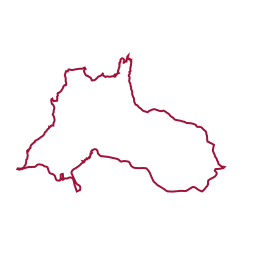 Toplet, Caras-Severin, Romania (Albers equal-area conic projection), rotated 190°
{"feature_id": "2599482B38762521341825", "entity_name": "Toplet", "entity_type": "district", "adm_level": 2, "iso_a3": "ROU", "parent_name": "Romania", "parent_adm1": "Caras-Severin", "projection": "albers", "projection_center": [22.349, 44.793], "detail": "fine", "context": "isolated", "style": "outline", "palette": "rose", "viewbox_px": 256, "rotation_deg": 190, "n_neighbors": 0, "source": "geoboundaries", "source_scale": "gbopen_adm2", "svg_char_len": 5824}
<svg xmlns="http://www.w3.org/2000/svg" viewBox="0 0 256 256"><g transform="rotate(190 128 128)"><path d="M207.6,143.7L208.4,143.0L208.4,141.7L207.8,140.1L207.5,139.6L207.2,138.6L206.3,138.3L205.7,137.7L204.9,136.7L204.0,135.1L204.1,133.4L204.2,132.4L203.9,130.5L204.5,128.4L203.9,127.4L203.4,127.0L202.8,126.2L202.5,125.1L201.8,123.8L201.7,122.6L201.7,121.7L201.9,121.2L202.0,120.6L202.3,119.4L202.1,118.6L202.2,118.1L202.0,117.4L203.5,117.3L204.4,116.7L204.5,116.0L205.0,115.5L205.3,115.4L205.9,115.5L205.7,114.2L205.9,113.8L207.1,112.6L207.7,111.1L208.5,109.8L209.1,109.2L209.5,107.2L210.4,105.6L211.2,104.7L212.4,103.7L213.3,102.6L214.8,101.1L216.0,100.2L217.5,98.8L217.4,97.8L218.3,97.1L220.5,94.2L220.7,93.5L220.8,93.0L220.6,92.4L220.6,91.5L221.0,91.0L221.3,91.0L221.5,90.2L221.8,89.9L221.6,89.9L221.6,89.6L222.3,89.4L222.7,88.5L222.2,88.1L222.1,87.9L222.2,87.7L222.4,87.4L223.3,87.4L221.9,83.3L222.0,81.5L221.8,80.5L222.7,78.9L222.4,77.3L222.4,75.1L222.6,73.8L223.2,73.1L223.4,72.6L223.5,72.0L223.4,71.4L223.8,71.0L226.0,69.5L227.9,69.1L228.1,69.2L229.5,69.1L229.8,68.3L227.9,68.1L225.3,69.1L223.0,70.5L219.1,72.3L213.1,73.5L212.0,74.6L211.1,75.8L210.3,76.4L208.9,76.8L205.9,76.8L203.8,75.8L201.4,75.7L200.4,75.2L198.4,71.5L197.3,70.1L196.6,69.8L194.1,69.5L192.6,68.9L191.6,68.0L190.1,65.0L189.4,64.4L188.8,64.2L187.8,64.1L186.7,64.2L186.2,64.4L185.8,64.8L185.6,67.2L186.1,70.4L185.6,70.9L185.0,71.3L184.3,71.5L183.7,69.6L183.5,67.9L183.7,66.9L184.0,65.9L183.5,65.6L182.8,65.9L181.6,67.4L179.8,67.5L178.7,68.0L177.8,68.7L176.4,69.3L174.6,69.2L173.2,68.2L171.9,65.6L171.0,63.2L167.4,56.6L164.5,58.6L164.5,60.4L164.8,61.7L165.3,62.3L166.0,62.9L168.2,63.7L169.7,64.9L173.4,70.1L175.9,73.9L175.9,74.7L175.6,76.2L174.5,77.8L172.0,79.8L168.8,83.2L167.9,84.7L167.3,85.4L165.9,86.4L166.9,87.5L166.6,87.5L165.5,86.7L165.0,87.3L165.3,88.0L164.8,88.6L164.9,89.2L163.8,90.0L163.7,89.8L162.9,90.1L163.2,91.0L162.5,91.0L162.3,91.1L161.8,91.2L161.0,91.5L161.2,92.5L160.4,92.7L160.4,94.2L160.5,95.9L160.1,95.8L160.1,96.2L159.5,96.7L159.7,97.4L159.2,97.6L159.3,97.8L159.6,97.8L160.1,98.1L160.2,98.5L159.5,99.8L157.6,101.2L156.7,101.4L155.6,101.3L154.8,101.0L154.2,100.3L153.1,97.6L150.7,95.9L149.8,95.6L142.6,96.1L133.3,95.7L131.7,95.2L129.5,93.8L128.8,93.8L127.1,94.5L125.4,94.9L122.1,95.0L120.6,94.4L119.4,92.7L118.1,91.1L116.0,90.1L115.2,90.0L114.1,89.9L110.4,90.3L106.2,91.2L103.4,91.5L102.7,91.3L100.5,89.6L98.7,87.6L96.0,83.3L93.6,79.9L88.7,76.7L86.6,76.0L81.8,74.1L79.5,72.9L78.1,72.5L73.0,73.1L64.6,75.4L61.9,75.6L60.1,76.0L59.1,76.7L55.0,80.4L53.9,81.2L52.5,81.3L50.5,80.7L49.2,79.9L46.6,78.9L44.0,78.4L42.6,80.1L40.0,84.6L39.4,86.2L39.9,89.6L39.7,90.5L37.2,92.8L35.7,93.8L33.9,95.4L32.9,97.3L32.7,98.8L32.9,99.2L33.8,100.2L35.1,100.9L35.0,101.8L34.7,102.7L30.7,103.7L28.3,104.6L27.0,105.2L26.2,106.4L29.4,106.4L32.6,108.2L33.5,110.4L34.5,111.4L35.6,113.5L36.8,114.5L37.3,115.1L37.7,115.8L38.1,116.9L39.7,119.0L40.4,120.3L40.7,121.8L40.5,123.1L40.6,124.0L40.4,125.2L40.5,125.7L40.5,126.4L41.8,126.8L43.1,127.4L44.7,127.6L45.6,128.2L47.3,128.4L47.8,129.6L48.9,134.2L49.8,135.5L50.0,136.6L50.6,137.8L51.0,138.3L53.1,139.5L55.7,141.3L56.7,141.5L58.6,141.5L59.6,141.2L60.3,141.3L60.7,141.5L61.4,142.5L62.0,142.9L64.6,143.5L67.2,143.6L68.3,143.3L69.6,143.5L70.6,143.1L71.1,143.1L73.9,144.0L75.1,143.9L78.1,144.3L80.3,144.2L83.2,144.4L84.5,145.2L85.4,146.0L86.8,146.5L88.3,147.2L90.3,149.0L92.2,149.7L93.7,150.5L95.9,151.3L96.9,150.9L97.8,150.4L99.1,150.3L101.0,150.4L102.2,150.8L103.7,150.9L104.6,151.1L106.1,150.9L107.1,150.4L110.1,148.5L111.3,147.0L115.4,147.4L116.8,147.9L118.5,149.2L120.8,150.3L121.5,150.8L122.7,152.0L123.9,152.2L124.8,152.5L125.3,153.4L126.4,154.9L126.9,156.7L127.1,157.3L127.3,158.3L128.5,159.7L129.7,161.9L129.8,162.3L130.0,164.0L130.8,165.7L131.7,166.8L132.0,168.8L132.5,169.4L133.4,172.0L134.6,173.6L135.1,174.8L135.0,175.7L135.1,176.5L135.2,178.3L136.2,179.2L136.4,180.3L135.8,181.3L135.7,181.8L135.8,182.4L136.4,183.3L135.4,184.4L135.5,184.9L135.9,185.7L136.1,187.2L136.0,189.4L136.2,193.5L136.5,195.2L137.0,194.6L137.3,194.7L137.3,195.7L137.4,195.9L138.6,196.4L139.6,195.7L139.8,195.7L140.1,195.8L140.1,196.8L140.6,197.6L140.7,198.1L140.3,199.1L140.3,199.4L141.1,198.0L141.0,196.9L141.2,196.0L141.2,194.3L141.0,193.6L141.0,193.2L141.9,193.1L143.1,192.1L143.3,191.6L143.6,191.5L143.8,192.2L143.2,193.6L143.4,194.1L144.0,194.9L145.0,195.5L145.8,195.7L146.6,195.0L147.2,194.1L147.2,193.5L146.9,192.6L147.2,192.2L147.2,191.0L147.7,190.7L147.8,190.4L147.5,189.8L147.4,189.6L147.6,189.2L147.5,188.8L147.1,188.0L147.1,187.7L147.3,187.1L147.0,186.5L147.5,185.3L147.5,184.5L147.3,183.8L147.7,182.9L147.7,181.4L147.4,181.0L146.6,180.5L147.2,180.1L148.3,179.5L148.6,178.3L149.5,176.6L149.8,176.2L150.0,176.2L150.2,176.4L149.9,178.3L150.0,178.5L150.3,178.4L150.9,177.0L151.8,176.4L153.8,175.7L154.4,175.3L157.4,175.2L158.5,174.7L159.0,174.3L161.1,175.3L162.3,175.5L162.4,175.8L162.1,176.7L162.1,177.1L162.3,177.2L162.6,176.5L163.1,175.8L164.4,174.4L165.5,173.9L166.3,173.3L166.9,172.1L167.8,171.2L168.2,170.3L168.9,169.7L169.6,169.2L170.8,168.9L171.3,168.6L171.9,168.6L172.1,168.8L172.4,169.5L173.1,170.6L173.7,171.1L175.7,171.8L176.8,172.5L177.1,172.5L177.2,172.2L178.6,172.6L179.4,173.5L180.7,175.4L181.1,176.2L181.3,176.8L181.2,177.2L180.9,177.9L180.0,178.7L181.1,180.0L183.7,178.3L185.4,178.1L189.2,176.9L192.9,175.4L194.5,175.3L195.7,175.5L196.7,175.3L196.8,174.1L197.2,173.8L197.2,173.2L198.9,173.2L199.4,169.0L198.2,166.7L197.9,165.9L197.6,163.6L196.8,161.8L196.4,160.2L196.4,159.7L196.7,159.3L197.6,159.3L197.9,159.1L198.7,157.9L198.9,157.3L198.9,156.6L199.2,155.5L200.4,152.6L202.1,150.7L202.8,150.5L203.2,150.1L203.3,149.4L202.7,147.8L203.3,146.4L202.8,145.3L202.7,144.9L202.8,143.9L202.6,142.6L203.3,142.3L205.9,141.7L207.2,142.7L207.6,143.7Z" fill="none" stroke="#9f1239" stroke-width="2"/></g></svg>